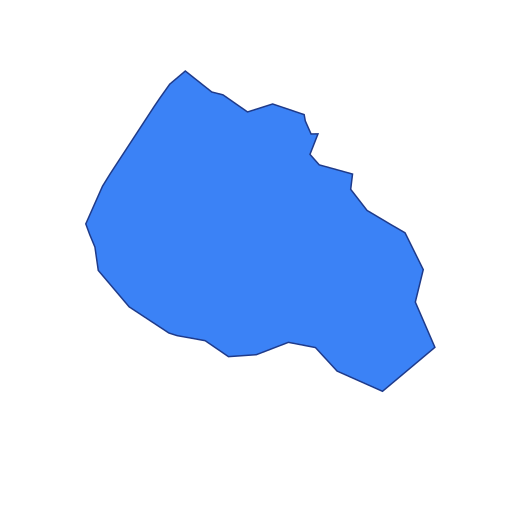 outline of Fayette, Georgia, United States of America, rotated 319°
{"feature_id": "52423323B65845799090272", "entity_name": "Fayette", "entity_type": "district", "adm_level": 2, "iso_a3": "USA", "parent_name": "United States of America", "parent_adm1": "Georgia", "projection": "orthographic", "projection_center": [-84.479, 33.404], "detail": "fine", "context": "isolated", "style": "filled", "palette": "blue", "viewbox_px": 512, "rotation_deg": 319, "n_neighbors": 0, "source": "geoboundaries", "source_scale": "gbopen_adm2", "svg_char_len": 634}
<svg xmlns="http://www.w3.org/2000/svg" viewBox="0 0 512 512"><g transform="rotate(319 256 256)"><path d="M378.4,320.8L369.7,294.5L371.2,267.8L382.6,257.5L363.5,228.7L363.4,214.7L382.9,204.5L377.6,200.0L381.8,186.4L385.1,180.9L368.3,152.2L344.1,141.7L336.8,112.7L330.2,103.2L324.0,70.0L303.7,69.7L287.2,73.7L277.4,76.3L200.2,98.2L186.0,102.6L148.6,120.1L144.5,130.9L140.3,143.6L127.5,163.4L126.9,211.2L139.7,256.9L144.2,264.3L162.1,286.6L169.2,313.9L191.5,330.7L223.8,342.4L240.8,364.1L241.7,396.1L262.7,441.1L331.1,442.3L346.0,395.3L373.3,376.0L383.7,336.3L378.4,320.8Z" fill="#3b82f6" stroke="#1e3a8a" stroke-width="1.5"/></g></svg>